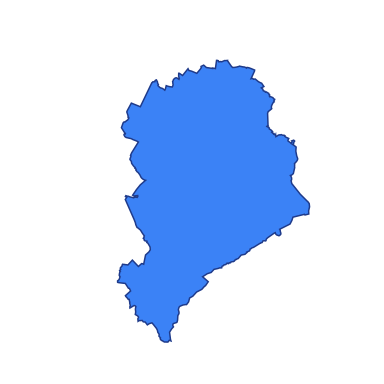 outline of Santa Catarina, Guanajuato, Mexico, rotated 40°
{"feature_id": "50627088B8420918184239", "entity_name": "Santa Catarina", "entity_type": "district", "adm_level": 2, "iso_a3": "MEX", "parent_name": "Mexico", "parent_adm1": "Guanajuato", "projection": "orthographic", "projection_center": [-100.077, 21.141], "detail": "fine", "context": "isolated", "style": "filled", "palette": "blue", "viewbox_px": 384, "rotation_deg": 40, "n_neighbors": 0, "source": "geoboundaries", "source_scale": "gbopen_adm2", "svg_char_len": 5985}
<svg xmlns="http://www.w3.org/2000/svg" viewBox="0 0 384 384"><g transform="rotate(40 192 192)"><path d="M119.4,87.3L118.2,90.0L118.8,90.6L119.2,90.7L119.4,92.6L119.4,98.0L114.0,99.7L111.6,100.9L109.7,100.1L109.9,108.8L106.0,109.2L105.5,109.6L107.4,112.0L109.3,113.2L109.6,114.1L107.3,114.3L106.4,114.7L105.8,115.7L105.5,117.6L105.7,118.2L106.0,118.8L106.1,119.8L107.1,120.6L107.4,121.0L108.6,122.0L109.4,123.9L109.4,124.2L107.5,125.5L105.3,126.6L103.9,127.1L105.4,130.2L105.7,131.5L102.9,131.6L100.8,132.5L99.9,132.6L97.6,132.4L97.3,132.1L97.2,131.3L95.8,130.8L94.8,129.9L92.7,129.0L92.2,129.8L92.2,131.0L92.6,131.3L91.7,132.3L91.2,132.7L91.2,133.7L91.0,134.1L97.6,159.9L88.4,162.9L90.1,171.2L90.6,172.6L94.0,174.7L94.5,175.2L94.8,175.8L95.1,175.9L95.4,175.6L95.5,175.6L95.8,175.8L96.2,176.3L96.4,178.4L96.0,179.4L95.7,181.3L95.2,181.7L95.1,182.1L94.8,182.3L94.8,183.3L96.6,188.1L102.2,189.9L103.4,190.0L103.6,190.4L102.9,190.9L102.9,191.6L103.2,192.0L105.0,192.7L106.5,192.6L111.2,190.2L113.1,189.8L116.9,188.5L118.8,188.2L120.6,200.9L121.4,203.5L121.9,203.5L122.4,204.2L123.3,206.7L123.8,207.1L125.0,207.3L126.1,207.7L127.1,208.7L127.8,209.0L130.2,209.6L131.9,209.9L132.7,209.7L132.9,210.0L133.0,210.5L134.6,210.5L134.9,211.3L136.9,211.8L138.1,211.7L140.3,212.2L141.3,212.5L143.5,213.5L144.5,213.7L146.3,213.7L148.1,213.3L148.9,212.9L147.8,219.7L147.9,225.8L148.6,232.6L150.0,232.4L152.7,229.6L153.4,230.3L153.5,231.4L152.6,231.8L151.3,233.0L151.1,233.9L147.7,235.6L145.9,236.2L144.9,236.9L143.7,237.3L143.9,238.3L145.5,238.1L145.7,240.6L165.2,250.2L168.3,251.9L170.0,253.2L172.7,254.5L173.5,254.3L177.0,254.3L180.9,255.6L183.6,256.2L183.6,256.7L184.4,257.4L184.4,258.6L184.5,258.9L185.8,258.9L186.5,259.7L187.5,259.6L189.2,258.6L189.6,259.1L189.8,259.7L191.2,259.6L194.8,260.9L195.7,261.5L197.2,263.1L197.5,265.6L196.9,270.1L201.4,278.4L200.3,278.7L199.4,279.2L198.8,283.5L190.1,282.5L189.8,289.1L188.1,290.1L187.1,290.9L186.6,291.0L186.0,291.5L185.5,292.1L185.3,292.1L185.4,292.7L185.9,293.5L185.9,296.2L186.3,296.7L187.2,297.2L187.2,297.6L186.9,298.6L187.2,298.8L187.6,299.0L188.1,298.9L188.2,299.8L188.9,301.2L189.8,302.6L190.0,302.7L190.4,302.8L190.8,303.1L191.1,303.0L191.5,303.5L192.4,305.8L192.3,307.1L192.1,307.8L192.4,308.0L192.5,308.4L192.9,308.9L193.2,309.0L194.2,308.5L199.7,304.9L205.2,306.6L206.0,306.1L208.6,307.3L207.6,314.2L208.5,314.6L210.5,314.8L212.1,315.2L213.0,314.6L213.7,315.4L215.3,316.5L215.5,317.0L216.0,317.4L217.8,318.7L217.9,319.3L218.2,319.9L219.0,320.7L220.6,316.2L221.2,315.9L222.1,315.7L222.6,315.8L223.9,318.1L226.0,320.1L227.3,322.3L229.5,321.9L231.1,322.0L231.6,322.4L232.0,323.9L233.8,325.7L234.1,324.6L236.5,322.4L238.1,322.8L239.8,321.7L243.2,322.5L243.9,320.3L245.4,318.0L247.5,318.3L252.3,319.3L254.1,320.0L256.1,321.5L258.3,322.1L259.4,323.7L261.6,324.0L261.8,324.7L262.8,325.3L264.6,325.2L265.2,324.8L266.0,325.0L267.7,324.4L268.3,323.7L268.7,323.5L270.0,322.4L269.9,320.2L271.6,319.6L270.2,318.7L264.9,313.8L264.4,309.8L264.5,307.2L263.2,306.7L262.4,305.6L262.3,305.0L262.6,304.2L264.0,302.1L264.2,301.3L263.3,299.4L260.6,295.8L260.2,293.6L259.3,292.4L257.3,291.0L257.0,290.6L256.2,288.8L256.1,287.8L256.3,287.1L257.7,284.4L259.4,282.4L260.1,281.9L260.2,281.4L260.0,278.3L258.3,274.7L259.6,271.3L259.8,265.7L262.1,260.3L262.2,256.6L262.4,255.5L262.6,255.2L262.1,250.3L254.6,250.1L256.2,244.8L258.4,241.3L258.6,237.1L261.2,233.7L262.1,232.1L263.0,231.6L263.5,230.9L263.0,230.2L262.8,229.6L263.0,229.0L263.5,228.1L263.3,227.3L264.5,225.9L264.6,223.9L265.8,223.7L266.1,223.2L265.9,222.4L266.1,222.1L266.7,221.9L267.0,221.3L266.8,220.9L266.9,220.5L267.5,219.6L268.4,218.8L268.5,218.3L268.8,217.9L268.8,217.2L268.6,216.8L269.0,215.9L268.9,215.6L269.0,215.3L269.4,215.0L269.6,214.1L270.2,213.3L270.2,208.7L272.6,205.7L273.0,202.9L272.6,202.8L273.9,200.1L273.6,199.0L273.2,198.5L273.2,198.2L273.6,197.6L273.9,196.1L274.7,194.9L277.1,187.6L277.5,187.1L277.5,186.5L278.2,185.6L277.8,184.0L278.4,183.1L279.9,182.1L279.9,181.6L279.4,180.8L279.2,179.9L279.4,178.3L281.5,170.4L281.9,169.6L282.9,170.3L284.3,170.5L286.6,169.7L286.9,169.4L287.2,168.0L287.1,167.1L286.5,166.4L285.1,165.5L284.0,164.5L283.1,164.2L287.7,153.5L286.8,149.6L285.5,146.4L292.5,136.8L293.3,137.0L295.6,133.8L293.4,131.4L291.6,127.8L289.2,125.5L286.8,124.9L286.6,125.0L276.3,124.1L263.0,121.4L260.5,119.5L260.5,118.7L259.3,117.2L258.0,116.5L256.7,116.1L256.8,115.9L257.3,115.8L257.8,112.8L255.0,107.3L254.5,106.9L253.0,105.0L252.2,104.3L252.4,103.1L252.4,101.0L252.1,99.4L251.4,98.4L249.1,97.1L245.3,94.0L243.0,90.8L242.8,90.6L238.3,90.9L238.9,89.8L238.1,88.8L237.9,87.0L236.6,86.9L235.6,88.6L235.8,88.6L236.5,89.6L236.4,90.4L236.6,90.7L236.5,91.1L235.8,91.0L232.8,91.2L232.2,90.7L231.7,88.8L228.4,89.7L227.3,89.7L227.3,89.4L227.1,89.1L226.4,89.2L225.9,89.4L225.1,90.2L223.4,90.7L222.8,91.7L222.1,92.1L221.5,93.1L221.3,94.2L220.9,94.7L220.7,95.6L219.8,94.9L219.2,94.3L219.3,94.7L219.1,94.9L217.4,94.6L217.3,95.2L217.0,95.1L214.6,95.0L214.7,94.6L215.3,94.3L215.3,94.1L214.2,93.8L212.6,93.7L210.6,94.0L210.4,93.8L210.1,93.3L209.3,93.2L207.2,93.7L207.2,93.2L207.8,92.3L207.5,92.2L199.3,83.1L198.7,81.5L199.5,77.3L199.5,76.9L199.0,76.8L197.7,75.2L197.1,73.3L196.7,71.1L197.0,70.1L196.4,69.9L196.1,69.5L196.0,68.1L195.7,67.8L194.7,68.1L193.3,67.7L190.5,68.6L190.4,69.0L189.5,68.7L189.1,67.7L188.1,67.7L187.4,67.1L186.1,67.4L184.7,67.5L184.1,68.3L183.4,68.2L183.2,68.0L181.5,68.6L180.1,67.7L178.2,67.7L179.3,65.0L175.4,63.9L172.8,64.7L172.5,64.6L171.8,64.8L167.8,64.8L167.3,65.4L167.0,65.6L166.7,66.1L166.4,66.2L165.8,66.0L165.0,66.3L164.4,67.2L162.2,59.3L161.6,58.3L158.1,59.4L155.9,60.2L154.5,60.9L153.9,61.5L154.1,62.0L152.1,62.4L150.4,63.5L147.4,65.1L147.2,65.7L145.8,67.7L144.5,69.2L143.1,70.5L141.4,70.4L134.7,68.6L134.6,68.4L133.0,70.0L132.5,70.3L131.2,72.9L130.6,73.5L130.2,73.6L128.8,75.1L128.4,75.0L127.8,74.5L126.9,74.8L126.7,75.1L126.2,75.4L130.6,82.4L129.4,83.0L128.1,83.8L128.4,84.1L123.0,87.4L119.4,87.3Z" fill="#3b82f6" stroke="#1e3a8a" stroke-width="1.5"/></g></svg>